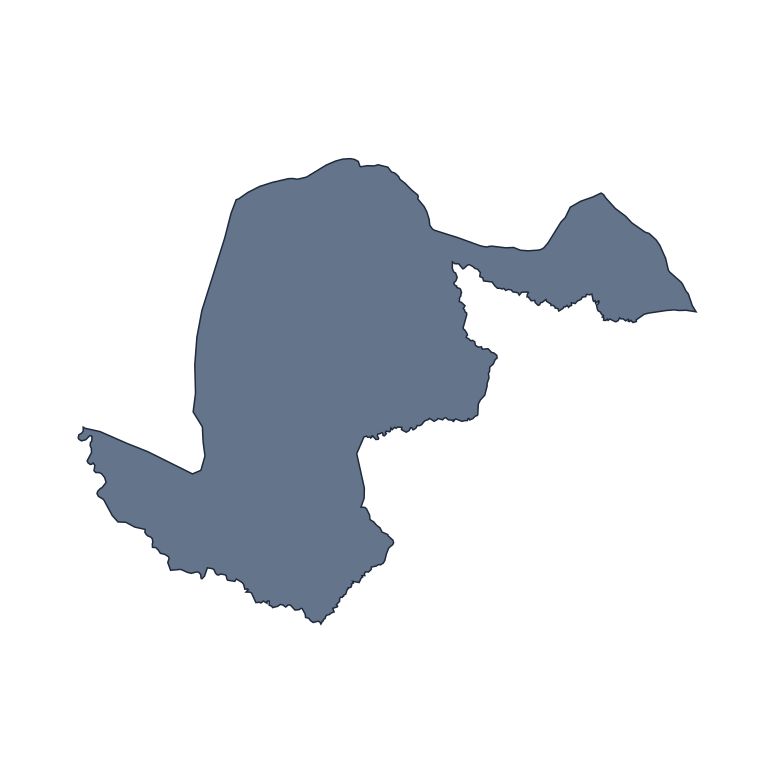 the district of Molqi, Gash Barka, Eritrea, rotated 18°
{"feature_id": "51966322B62181385469599", "entity_name": "Molqi", "entity_type": "district", "adm_level": 2, "iso_a3": "ERI", "parent_name": "Eritrea", "parent_adm1": "Gash Barka", "projection": "albers", "projection_center": [38.368, 14.994], "detail": "fine", "context": "isolated", "style": "filled", "palette": "slate", "viewbox_px": 768, "rotation_deg": 18, "n_neighbors": 0, "source": "geoboundaries", "source_scale": "gbopen_adm2", "svg_char_len": 6170}
<svg xmlns="http://www.w3.org/2000/svg" viewBox="0 0 768 768"><g transform="rotate(18 384 384)"><path d="M476.5,320.7L472.1,318.3L466.7,320.5L465.2,318.5L463.0,319.6L461.1,319.6L459.0,318.9L457.2,315.8L454.7,315.1L453.1,316.1L450.6,314.8L447.9,314.4L447.6,313.1L448.3,311.9L447.6,310.6L444.4,307.8L442.5,307.1L441.9,305.9L441.3,292.5L440.5,290.8L439.0,290.5L437.8,288.8L436.1,287.7L436.9,284.5L432.3,282.4L430.2,282.4L429.2,278.4L429.9,276.5L429.3,274.5L429.6,273.4L427.6,270.3L426.3,269.7L423.5,269.8L422.8,268.3L421.3,268.4L419.5,267.0L419.2,266.1L420.5,263.7L420.7,260.1L417.8,256.3L415.6,255.9L413.2,252.8L411.4,246.8L414.3,247.7L417.9,246.6L423.3,250.1L424.1,249.7L426.7,245.1L428.4,244.1L432.4,244.9L434.8,246.0L437.6,245.9L441.1,248.2L441.9,252.2L445.1,252.5L446.8,255.2L455.3,253.6L458.9,256.3L462.3,257.9L464.9,257.1L467.0,257.2L468.4,256.0L470.8,257.4L472.8,255.7L475.8,255.2L478.1,256.6L483.1,255.8L485.2,257.7L486.6,254.1L492.5,252.1L493.1,252.5L492.6,254.5L493.1,257.0L494.3,256.6L498.3,259.4L501.5,257.9L502.6,259.8L506.3,261.6L507.6,260.5L507.7,258.5L509.4,257.3L511.9,253.6L513.1,255.2L517.8,256.3L518.5,257.7L520.5,257.0L522.4,257.6L523.3,258.9L526.1,258.5L527.7,260.6L531.0,256.6L531.4,254.8L532.6,254.6L533.8,252.7L535.9,254.1L536.4,252.7L538.1,251.3L537.1,248.8L541.0,248.4L542.3,245.3L545.3,242.6L545.7,240.2L548.9,238.6L548.8,236.2L552.1,235.6L553.9,234.3L557.2,240.2L558.2,240.6L559.0,239.5L560.4,241.9L562.2,238.7L563.0,238.9L563.1,241.3L561.7,243.3L564.0,247.2L565.2,248.3L567.3,248.6L569.8,250.8L571.4,250.9L571.8,251.3L570.9,252.9L572.6,253.2L573.1,255.5L573.8,255.5L575.6,254.8L576.2,253.3L577.5,254.3L578.6,252.4L584.7,253.3L585.7,252.9L587.1,251.3L587.7,248.3L589.1,248.9L591.3,248.1L594.2,249.3L596.3,247.0L596.9,247.5L597.0,248.9L598.3,248.7L599.0,247.2L601.8,248.6L604.7,246.6L604.1,245.0L610.0,237.2L613.6,234.9L629.9,226.8L637.1,223.8L641.6,223.0L648.6,220.5L658.5,218.9L652.9,214.1L645.6,204.3L642.5,202.3L636.9,196.6L635.0,195.3L621.0,189.2L619.3,187.9L613.1,177.6L603.4,166.8L598.3,162.9L589.6,158.9L585.4,158.9L570.0,154.2L562.0,149.8L549.8,145.6L537.5,138.6L534.4,136.1L531.5,135.3L524.8,141.6L514.6,149.4L506.5,158.3L505.0,169.6L502.3,175.2L496.4,199.1L494.0,205.0L492.0,207.3L490.0,208.7L480.2,212.7L472.5,214.6L465.0,214.1L457.6,216.9L444.2,219.5L441.2,220.7L440.6,221.5L437.0,222.4L432.6,222.8L409.6,222.0L384.3,222.2L382.1,221.6L378.5,218.9L376.1,213.5L371.5,207.0L367.4,202.9L358.9,197.5L358.7,195.3L357.8,193.9L350.2,190.9L341.7,186.5L336.0,184.5L333.9,182.3L331.1,180.8L328.8,180.0L325.5,180.0L320.7,176.6L310.7,177.3L307.1,179.7L300.7,181.5L294.7,184.6L293.8,184.3L290.8,180.3L286.7,179.5L282.2,180.1L275.2,182.9L269.2,186.8L261.6,193.4L246.3,211.2L238.4,216.0L233.8,216.7L229.5,218.3L215.3,226.9L204.7,234.5L195.3,243.9L188.5,252.9L186.5,254.4L185.8,269.0L187.4,294.3L188.1,370.5L191.6,397.4L198.1,424.2L207.6,451.1L211.1,469.5L224.5,480.9L230.0,495.3L236.0,507.8L236.5,522.7L229.6,528.7L180.6,521.4L157.8,519.9L128.6,517.0L113.1,518.5L111.3,518.0L112.5,521.9L111.7,524.1L109.5,526.6L109.8,529.8L111.1,530.9L113.8,531.6L117.6,529.2L120.0,524.3L121.7,523.7L122.5,524.3L123.7,528.4L122.9,530.4L123.5,533.3L125.7,535.9L127.0,539.6L125.4,548.9L126.9,550.4L129.5,551.3L130.9,550.6L131.7,549.0L134.1,550.6L135.0,556.1L137.2,557.3L140.7,556.2L143.1,556.6L147.1,559.2L149.8,563.0L150.0,563.9L147.8,569.8L146.6,570.9L144.9,574.4L144.9,576.9L147.1,579.1L153.0,580.5L166.2,593.1L173.6,597.4L181.1,595.3L191.2,597.1L201.8,596.1L202.4,598.9L203.7,600.1L205.9,601.4L209.5,601.7L211.4,602.7L213.0,605.8L213.1,607.8L214.3,610.9L217.4,610.1L220.6,611.6L223.6,614.1L228.6,613.8L232.4,614.9L233.5,616.2L233.5,620.6L238.6,627.1L248.0,623.1L255.3,623.9L259.3,623.6L263.6,620.8L265.7,620.2L268.6,621.9L269.8,624.8L270.5,625.6L271.2,625.3L272.7,622.1L272.8,613.4L277.6,612.7L279.5,613.0L282.3,616.0L284.3,617.0L285.5,616.9L287.6,615.1L292.0,614.6L293.2,615.2L294.9,618.1L296.0,618.9L303.1,617.8L303.8,615.1L310.4,616.6L312.3,617.9L315.1,622.2L317.6,621.1L318.5,621.5L317.1,624.5L320.8,623.4L322.6,623.7L329.7,631.5L333.2,630.0L334.6,630.3L336.4,627.7L340.5,628.7L340.0,627.0L341.1,625.9L342.0,626.1L343.1,629.8L346.0,630.1L347.1,631.1L351.6,628.3L353.5,625.7L356.0,625.4L359.5,626.5L361.2,623.7L363.3,623.2L369.2,626.5L373.1,624.8L374.2,623.2L375.5,622.8L380.2,627.3L381.5,630.2L384.7,630.1L387.5,631.9L390.4,632.7L394.6,630.0L396.4,630.1L398.2,631.8L398.7,628.7L399.4,628.0L399.2,626.8L400.6,624.9L400.3,623.6L400.8,621.7L403.3,620.1L404.7,618.0L407.0,616.2L404.6,613.2L408.5,610.3L408.5,609.5L406.9,608.6L408.9,604.5L408.1,601.6L408.9,600.0L410.3,599.8L410.4,598.8L411.1,598.4L411.0,597.2L412.5,595.7L412.5,590.7L413.3,589.7L412.9,589.0L415.3,587.6L415.5,585.3L414.8,584.3L416.4,582.7L415.1,581.4L421.7,580.5L422.3,575.5L423.3,574.4L422.2,573.2L425.0,572.1L423.9,570.9L424.4,568.4L427.4,567.6L429.1,564.4L428.6,562.0L432.9,559.5L434.6,557.4L436.5,557.1L438.7,554.5L439.3,551.5L438.8,544.5L439.2,538.4L441.9,534.1L442.2,532.1L440.8,529.8L434.9,527.2L434.1,526.0L427.8,525.4L424.8,522.1L420.5,520.6L416.8,518.3L412.6,517.3L410.7,513.0L406.0,508.2L403.9,507.3L400.2,508.2L400.4,498.8L397.5,489.1L379.6,458.7L381.3,440.6L383.4,439.0L384.9,439.7L387.1,438.7L387.9,439.5L388.8,438.5L388.6,437.0L389.1,436.8L393.4,439.3L395.6,438.4L395.7,437.3L393.6,435.2L393.7,433.2L395.2,432.8L397.0,430.8L397.7,431.0L399.1,433.3L400.5,433.1L401.6,430.5L400.3,429.6L400.6,428.2L404.0,427.8L404.5,427.2L404.2,423.7L405.8,424.9L407.6,421.8L409.1,422.4L410.3,420.8L414.3,419.7L414.7,422.0L420.0,423.0L422.3,420.5L422.7,417.4L423.8,417.1L425.7,418.6L426.7,417.9L428.2,415.5L428.4,413.2L430.6,412.7L432.3,411.1L434.1,406.5L437.4,403.9L437.8,402.6L443.2,404.0L445.5,401.5L445.9,400.2L450.9,399.9L451.9,397.7L453.2,397.0L456.3,398.2L459.6,397.4L461.5,398.2L461.9,397.7L461.3,396.7L462.2,396.5L462.9,395.1L469.7,395.4L472.4,393.7L474.6,393.1L474.7,390.9L475.3,390.5L476.6,391.7L479.2,389.5L480.7,386.4L482.4,385.2L482.7,384.3L479.9,373.9L480.6,369.4L483.3,363.5L482.7,354.0L481.9,351.7L482.0,345.7L480.0,341.5L480.5,339.6L479.4,335.2L481.8,331.1L482.2,326.4L483.6,324.5L482.4,321.9L478.9,320.5L476.5,320.7Z" fill="#64748b" stroke="#1e293b" stroke-width="1.5"/></g></svg>